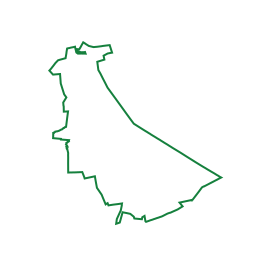 outline of Santo Domingo, San Luis Potosí, Mexico, rotated 73°
{"feature_id": "50627088B7585630413925", "entity_name": "Santo Domingo", "entity_type": "district", "adm_level": 2, "iso_a3": "MEX", "parent_name": "Mexico", "parent_adm1": "San Luis Potosí", "projection": "orthographic", "projection_center": [-101.913, 23.412], "detail": "fine", "context": "isolated", "style": "outline", "palette": "green", "viewbox_px": 256, "rotation_deg": 73, "n_neighbors": 0, "source": "geoboundaries", "source_scale": "gbopen_adm2", "svg_char_len": 4542}
<svg xmlns="http://www.w3.org/2000/svg" viewBox="0 0 256 256"><g transform="rotate(73 128 128)"><path d="M153.1,198.2L155.1,191.1L156.8,184.6L162.1,184.2L163.6,184.2L164.5,173.8L170.0,174.5L176.1,175.2L177.7,174.7L184.1,172.7L187.4,172.4L194.5,171.7L194.1,170.4L193.9,169.5L196.3,169.3L196.4,168.5L197.0,164.4L197.8,159.9L198.4,155.8L199.8,156.5L200.1,156.5L204.7,159.0L211.8,165.3L216.1,167.3L216.1,165.5L216.0,163.5L207.0,157.8L209.1,153.9L210.8,150.9L214.5,148.4L216.4,148.4L219.3,141.4L217.5,140.4L216.9,137.9L222.3,138.6L223.0,138.2L222.9,135.2L222.8,133.8L222.8,131.2L222.7,130.0L222.7,128.7L222.6,126.8L222.6,125.0L222.5,123.2L222.5,122.0L222.4,120.9L221.4,115.3L221.3,113.1L221.4,112.2L221.2,110.8L220.4,104.3L218.9,98.7L214.4,100.5L214.9,94.6L215.4,88.9L215.6,89.0L215.7,88.9L215.5,88.6L215.6,88.4L215.4,88.4L215.5,87.2L209.8,79.2L206.4,74.6L206.0,72.7L206.1,72.4L206.1,72.0L206.0,71.8L203.0,55.6L202.6,53.4L202.5,53.5L202.3,53.6L201.8,54.2L200.4,55.4L199.7,56.0L199.3,56.4L198.9,56.8L196.8,58.6L195.4,59.9L193.7,61.5L193.2,61.9L192.8,62.3L192.5,62.6L192.1,62.9L191.8,63.2L191.3,63.7L190.9,64.0L190.5,64.4L189.0,65.7L187.3,67.3L185.5,68.9L180.3,73.5L172.8,80.0L167.2,84.8L163.6,88.0L159.8,91.4L158.7,92.3L157.6,93.3L156.9,93.9L156.3,94.4L154.9,95.6L152.8,97.5L152.1,98.1L151.7,98.4L151.2,98.9L150.7,99.3L149.7,100.2L149.2,100.6L148.8,100.9L146.2,103.3L145.8,103.6L144.8,104.5L144.2,105.0L142.9,106.2L140.6,108.2L139.8,108.8L139.1,109.5L137.8,110.6L137.1,111.2L136.8,111.5L135.0,113.1L125.6,121.2L121.1,122.8L114.2,125.2L104.2,128.6L94.0,132.1L83.6,135.7L83.2,135.8L78.0,136.7L73.1,137.6L67.8,138.5L63.9,139.4L63.4,139.3L62.1,139.1L61.6,139.0L57.4,138.3L55.7,138.0L55.7,130.6L51.7,130.2L51.3,128.1L51.2,127.6L51.0,126.8L50.9,126.1L50.8,125.6L51.2,122.0L51.3,121.2L43.4,121.3L42.7,125.1L42.2,128.0L42.0,129.6L41.2,134.3L41.1,134.6L40.6,137.2L39.8,138.6L38.9,140.1L38.0,141.6L37.7,141.8L34.8,144.3L34.5,144.4L34.4,144.5L33.0,145.8L33.3,146.1L35.2,148.1L37.3,150.2L37.3,150.3L37.6,150.7L38.0,151.0L38.5,151.6L37.7,153.6L37.9,153.7L38.1,153.7L38.3,153.7L38.6,153.6L38.8,153.6L39.0,153.6L39.3,153.6L39.5,153.6L39.8,153.6L40.1,153.2L40.4,153.5L40.4,153.4L40.5,153.2L40.6,152.9L40.7,152.7L40.9,152.4L41.0,152.1L41.1,151.7L41.7,151.2L41.8,151.1L41.8,150.9L41.9,150.7L41.9,150.4L42.0,150.2L42.1,149.8L42.1,149.7L42.2,149.4L42.3,149.0L42.4,148.9L42.4,148.7L42.5,148.4L42.6,148.2L42.6,147.9L42.7,147.6L42.7,147.4L42.8,147.3L42.8,147.2L42.8,146.9L43.0,146.9L43.3,146.9L43.5,146.9L43.6,147.0L43.8,147.0L44.1,147.0L44.4,146.8L44.5,146.8L44.1,147.9L43.7,149.3L43.6,149.6L43.1,151.0L43.0,151.4L42.9,151.8L42.7,152.5L42.6,152.9L42.4,153.5L42.2,154.1L42.1,154.3L41.5,154.7L40.7,155.3L40.0,155.3L38.9,155.2L37.1,155.1L35.5,155.0L34.8,154.9L34.8,155.0L34.7,155.8L34.7,156.4L34.7,156.9L34.6,157.3L34.5,158.4L34.4,159.5L34.4,159.9L34.4,160.2L34.4,160.7L34.3,161.1L34.3,161.3L34.3,161.7L34.2,162.0L34.2,162.4L34.2,163.0L37.2,164.5L38.6,165.1L39.4,165.5L42.2,166.9L43.0,167.3L42.8,173.2L42.8,174.3L42.8,175.1L44.7,178.5L46.1,180.4L46.5,181.0L46.8,181.4L46.9,181.5L47.5,182.4L47.6,182.6L48.5,183.8L49.0,184.6L49.4,185.2L49.8,185.9L50.1,186.4L55.0,184.1L56.5,177.2L65.8,179.3L77.2,179.2L80.7,178.0L84.7,182.5L87.9,183.2L88.3,183.1L93.6,184.6L94.6,180.5L101.2,183.5L108.8,186.9L108.8,187.1L108.8,187.4L108.8,187.6L108.7,188.0L108.8,188.2L108.9,188.4L109.0,188.5L109.2,188.8L109.3,189.0L109.1,189.7L109.3,189.9L109.5,190.2L109.8,190.9L110.0,191.4L109.9,191.6L110.0,192.1L110.0,192.6L110.1,192.8L110.2,193.0L110.2,193.3L110.2,193.5L110.3,193.9L110.4,194.2L110.4,194.3L110.4,194.5L110.5,194.8L110.5,195.2L110.5,195.9L110.5,196.2L110.5,196.4L110.5,196.5L110.5,196.8L110.4,196.9L110.3,197.5L110.3,197.8L110.2,198.6L110.4,198.7L110.4,198.8L110.5,199.1L110.6,199.3L110.6,200.1L110.8,200.8L111.3,200.6L111.4,200.8L111.6,201.0L111.8,201.3L112.7,201.5L115.8,202.6L118.8,195.3L119.4,195.5L122.3,188.1L122.5,188.3L122.6,188.6L122.9,188.4L123.1,188.4L123.0,188.2L123.3,188.2L123.5,188.5L123.5,188.8L123.4,188.8L123.4,189.0L123.4,189.3L123.2,189.3L123.2,189.5L123.4,189.5L123.5,189.6L123.8,189.5L123.9,189.8L124.0,190.1L124.1,190.5L124.3,191.1L124.4,191.5L124.5,191.5L124.9,191.5L125.1,191.4L125.5,191.7L125.8,192.1L126.1,191.9L127.3,191.4L127.5,191.4L127.9,191.3L128.3,191.3L128.1,192.4L128.4,192.4L128.8,192.4L129.2,192.5L129.8,192.3L129.8,192.6L130.1,192.6L130.4,192.5L130.7,192.4L131.1,192.3L134.2,192.5L135.3,192.8L135.5,192.9L136.4,193.2L136.8,193.3L137.5,193.5L138.9,193.9L144.0,195.5L151.4,197.7L153.1,198.2Z" fill="none" stroke="#15803d" stroke-width="2"/></g></svg>